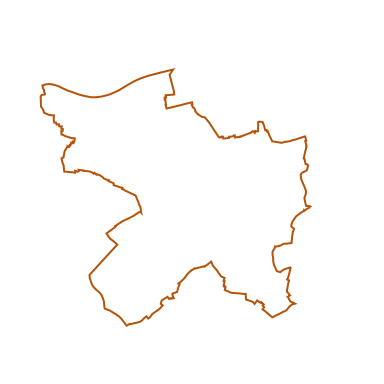 Eijsden-Margraten, Limburg, Netherlands, rotated 75°
{"feature_id": "6326949B98773621915630", "entity_name": "Eijsden-Margraten", "entity_type": "district", "adm_level": 2, "iso_a3": "NLD", "parent_name": "Netherlands", "parent_adm1": "Limburg", "projection": "albers", "projection_center": [5.788, 50.805], "detail": "fine", "context": "isolated", "style": "outline", "palette": "amber", "viewbox_px": 384, "rotation_deg": 75, "n_neighbors": 0, "source": "geoboundaries", "source_scale": "gbopen_adm2", "svg_char_len": 5897}
<svg xmlns="http://www.w3.org/2000/svg" viewBox="0 0 384 384"><g transform="rotate(75 192 192)"><path d="M68.8,178.6L68.5,190.8L68.4,204.0L68.6,207.2L69.0,212.6L70.0,218.8L71.7,225.6L74.8,236.2L75.7,240.9L76.0,243.2L76.4,245.8L76.5,249.5L76.4,254.5L75.7,259.8L75.2,261.9L74.3,265.1L70.9,272.0L68.6,275.9L63.8,282.8L62.6,284.9L58.5,289.9L55.0,293.9L53.1,297.0L51.6,299.7L50.6,302.9L50.2,305.6L50.4,308.9L53.5,309.0L54.1,308.9L54.8,308.5L55.2,308.5L56.9,308.9L59.2,308.5L59.6,308.8L59.7,309.1L59.5,310.5L59.5,312.3L60.0,312.7L60.3,313.4L70.2,315.7L70.7,315.7L72.0,315.1L75.0,314.3L76.8,314.5L77.4,314.1L79.5,311.5L80.5,310.1L81.3,308.3L82.3,305.5L84.8,306.4L86.6,306.9L88.1,307.1L89.3,307.1L89.8,305.3L91.8,305.3L92.2,303.0L94.2,303.3L94.9,300.9L95.6,301.4L96.3,301.7L96.5,301.6L97.2,301.7L97.5,300.5L98.0,300.5L98.0,300.8L99.6,301.2L99.4,302.5L102.7,303.2L103.0,302.4L103.3,302.0L105.3,299.8L108.5,294.8L108.9,294.1L109.9,291.3L112.8,292.7L113.9,293.6L112.6,294.3L113.8,295.2L113.1,296.0L114.7,297.1L114.9,296.9L115.5,297.4L115.1,298.0L116.5,298.9L116.2,299.3L116.5,299.2L116.7,299.4L115.7,300.6L117.1,301.9L119.4,304.3L123.5,306.4L125.4,307.1L125.4,308.2L125.6,309.2L126.3,309.4L129.3,309.5L131.3,309.4L133.1,309.1L134.4,309.4L137.6,309.9L139.3,310.1L139.7,308.7L141.9,302.9L141.9,302.5L143.1,300.0L141.3,299.4L142.0,298.2L142.6,297.8L142.8,297.3L142.6,297.1L142.6,296.9L142.3,296.3L142.5,296.0L142.4,295.5L142.0,295.3L141.4,295.5L143.1,291.2L143.6,291.3L144.0,289.8L145.7,285.6L147.4,283.2L148.8,282.2L148.2,281.2L150.1,280.2L150.5,279.8L150.1,279.4L151.7,277.1L153.5,275.3L154.3,274.6L156.2,273.6L158.0,271.3L159.1,269.2L159.8,269.8L163.3,265.5L165.2,265.9L165.5,265.3L168.4,260.9L169.1,259.8L169.4,258.8L169.9,258.1L171.1,258.7L171.9,257.3L173.1,256.5L180.8,247.4L187.0,246.6L191.3,246.2L192.0,246.0L192.9,245.7L198.8,246.4L198.4,246.6L197.7,248.1L200.0,255.0L201.0,259.5L202.4,267.6L202.8,268.0L202.9,268.7L203.3,269.5L203.5,270.7L204.2,272.4L205.0,275.0L205.8,274.8L209.9,285.3L214.0,284.0L215.8,283.2L220.7,279.5L223.5,277.8L234.3,294.9L245.5,312.3L245.9,312.6L248.7,313.0L254.3,312.7L256.5,312.3L258.4,311.6L261.8,309.7L265.3,307.3L266.8,306.6L268.5,306.0L272.1,305.5L275.1,305.5L280.8,306.4L282.0,306.4L282.5,305.7L283.5,304.6L284.9,302.5L285.8,301.5L288.2,299.3L290.4,297.1L291.5,296.3L293.4,294.6L295.7,293.3L304.2,289.7L303.4,286.7L303.6,286.7L303.7,285.3L304.0,276.4L303.6,275.0L303.2,273.8L302.1,271.8L301.3,270.6L300.7,269.1L300.3,268.2L301.3,267.7L302.9,267.1L302.4,265.5L299.5,261.8L297.5,256.1L296.3,253.3L293.9,249.6L291.9,251.1L288.9,249.4L286.9,242.8L289.4,241.8L289.1,240.7L289.5,240.5L289.3,239.2L289.7,239.2L289.9,237.2L288.5,237.3L287.3,237.5L285.3,237.4L285.1,236.9L284.8,234.6L284.8,234.3L284.8,232.4L280.9,230.1L277.8,227.8L276.9,228.8L275.6,225.8L274.1,223.0L273.1,221.4L270.2,217.7L268.9,215.7L268.3,214.3L267.9,213.7L268.0,213.7L266.4,209.2L266.6,209.1L266.8,208.7L266.8,204.8L266.9,201.4L266.8,199.3L267.3,199.1L265.7,194.8L264.2,191.5L265.7,191.2L267.2,191.1L268.5,190.8L270.4,190.0L274.3,188.1L277.3,187.2L279.4,186.3L280.0,186.2L281.3,185.5L283.4,182.8L286.1,184.5L286.5,183.6L290.5,185.6L290.9,184.9L291.7,185.4L292.4,184.2L295.1,185.7L299.3,180.4L299.9,179.3L302.3,172.2L304.3,167.2L304.1,166.8L304.2,166.5L309.8,167.7L313.0,162.9L314.2,161.5L316.3,160.6L313.6,157.2L316.0,155.2L315.8,154.9L317.2,153.9L316.8,153.4L316.7,153.3L319.2,151.8L320.0,153.1L320.5,152.8L321.9,152.1L323.7,154.3L325.2,152.9L326.2,152.1L333.8,146.9L333.6,145.3L332.7,141.5L332.4,139.3L331.2,134.4L331.1,132.8L330.9,132.3L330.5,131.1L330.1,130.5L328.8,128.9L328.1,127.9L327.1,126.0L326.7,124.8L326.6,124.3L326.5,123.4L326.5,121.4L324.8,123.3L323.3,125.4L318.3,126.5L318.0,126.7L317.8,125.8L317.6,125.6L317.4,125.3L317.2,124.1L312.8,126.0L311.6,125.7L306.0,123.1L303.9,122.0L302.5,121.1L301.7,122.2L301.3,122.7L301.0,122.8L300.7,122.3L299.7,121.4L296.7,119.6L290.2,116.0L290.2,115.9L290.6,123.5L292.0,126.9L292.3,127.5L291.6,128.6L290.4,130.6L288.6,130.8L285.5,131.4L283.1,131.7L280.1,131.5L278.1,131.1L276.6,130.6L274.0,130.5L272.1,130.1L270.7,129.7L269.2,128.4L267.9,126.8L266.1,126.0L266.4,125.5L266.5,124.8L266.6,120.0L266.3,119.1L265.9,117.9L265.8,117.4L265.8,116.2L265.9,115.6L266.4,114.2L267.0,109.0L262.1,107.3L256.3,104.7L254.0,102.9L251.2,105.0L249.0,104.3L246.2,102.3L242.3,97.5L239.8,91.0L239.2,88.5L238.9,88.4L239.1,88.3L238.9,87.6L238.0,85.3L237.9,84.9L237.8,83.8L237.6,83.1L237.4,82.7L236.8,82.2L236.6,81.6L235.6,83.1L235.0,85.4L228.8,85.2L226.3,84.8L226.1,84.5L225.7,84.1L223.7,82.8L221.4,81.9L220.4,81.6L215.4,82.1L212.6,82.6L207.5,83.2L204.9,82.8L203.8,82.7L203.2,82.4L202.0,80.8L201.8,80.3L201.0,75.7L199.6,74.7L198.6,74.2L197.1,73.4L196.4,73.0L195.9,73.2L195.7,73.1L195.3,73.2L194.6,75.0L190.2,74.9L189.1,74.7L188.6,75.4L182.0,72.1L180.1,70.8L179.6,70.7L178.3,70.1L178.3,69.9L176.8,69.8L176.7,69.4L172.0,69.4L172.0,68.4L167.7,68.3L167.5,68.5L168.1,78.9L168.0,80.6L168.2,84.8L167.8,88.5L167.6,88.6L167.7,92.7L163.8,101.4L156.9,102.7L153.1,103.0L153.3,103.6L153.0,103.9L151.4,103.9L151.3,105.3L147.2,105.2L142.7,105.7L141.7,108.0L141.4,109.9L150.5,112.5L150.1,113.8L149.4,114.9L151.2,116.1L150.4,116.6L149.4,116.7L149.0,117.5L149.5,119.1L150.0,119.3L150.1,121.2L150.9,129.5L150.8,130.8L151.3,130.9L150.9,132.6L150.5,136.3L148.4,136.0L148.3,136.4L148.7,136.4L148.7,139.6L148.2,141.9L149.3,142.2L149.0,143.6L149.0,145.3L148.3,148.0L146.5,147.8L146.1,149.3L146.7,149.5L146.1,151.9L129.2,157.5L123.2,160.3L122.1,162.7L120.9,163.9L118.7,165.9L118.3,166.4L118.2,166.4L118.3,166.1L116.8,167.0L114.7,168.0L114.1,167.7L113.1,167.8L111.7,168.2L110.7,168.7L110.5,169.3L110.3,169.2L110.1,169.2L107.7,169.7L107.5,168.9L105.4,168.7L105.1,177.4L105.1,177.6L105.2,178.6L105.2,178.8L104.8,195.0L100.9,194.9L100.9,194.6L95.7,193.9L95.7,194.4L93.7,194.0L94.0,192.7L91.7,192.3L92.2,190.1L93.2,184.0L89.9,183.4L73.0,183.3L68.8,178.6Z" fill="none" stroke="#b45309" stroke-width="2"/></g></svg>